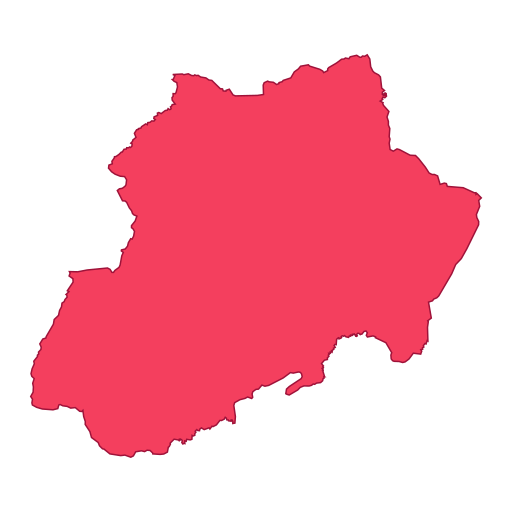 Lampung Utara, Lampung, Indonesia (orthographic projection)
{"feature_id": "22746128B16659764843822", "entity_name": "Lampung Utara", "entity_type": "district", "adm_level": 2, "iso_a3": "IDN", "parent_name": "Indonesia", "parent_adm1": "Lampung", "projection": "orthographic", "projection_center": [104.757, -4.808], "detail": "fine", "context": "isolated", "style": "filled", "palette": "rose", "viewbox_px": 512, "rotation_deg": 0, "n_neighbors": 0, "source": "geoboundaries", "source_scale": "gbopen_adm2", "svg_char_len": 5979}
<svg xmlns="http://www.w3.org/2000/svg" viewBox="0 0 512 512"><path d="M89.9,431.6L91.5,437.5L98.2,442.5L99.5,445.8L102.5,448.8L104.0,449.1L109.9,453.9L120.7,455.6L124.9,455.1L130.8,457.2L133.4,455.9L135.7,451.8L141.5,450.8L144.6,451.6L147.1,450.2L150.1,450.5L152.7,453.0L152.8,453.9L160.1,454.4L163.8,454.0L167.4,452.1L168.3,447.2L169.2,446.6L170.4,444.2L170.1,443.2L174.1,439.2L178.5,440.0L179.2,440.8L180.1,440.1L179.5,439.2L180.1,439.0L181.6,439.7L182.3,440.8L181.8,442.6L182.9,444.0L183.8,443.3L184.9,443.6L184.7,440.9L186.2,441.3L186.7,439.3L190.1,439.9L191.9,439.3L192.1,435.4L193.1,436.0L194.8,435.3L194.8,433.6L195.9,432.2L195.2,431.2L196.8,429.6L197.7,430.5L199.5,430.7L199.8,429.1L201.4,427.9L204.2,429.6L209.1,427.8L209.9,429.0L212.0,426.2L213.0,426.6L216.4,424.9L219.9,420.4L221.5,420.5L224.2,419.2L225.2,417.3L226.4,418.2L226.7,419.8L228.3,420.0L228.5,420.8L231.1,421.2L231.1,420.0L232.1,420.0L232.8,421.3L232.8,423.5L234.9,423.1L235.4,416.6L233.8,405.4L234.7,402.6L239.9,399.7L245.0,398.4L247.6,397.0L251.7,398.5L252.7,397.3L252.1,394.0L252.8,391.7L255.9,389.4L258.5,389.1L261.9,385.1L264.9,386.2L268.7,385.4L283.1,378.0L290.4,372.6L293.3,373.1L298.3,372.0L300.0,372.2L301.4,373.5L302.2,376.5L301.2,378.6L289.3,386.5L286.5,389.1L285.8,393.7L286.9,394.3L289.2,395.0L297.7,390.0L300.2,387.4L303.9,385.9L309.1,386.0L311.6,385.3L313.2,384.0L314.7,384.3L316.5,383.1L320.6,382.6L322.6,380.8L323.2,378.5L324.0,378.2L323.9,377.1L324.6,376.9L323.9,376.5L324.3,375.8L323.0,371.5L323.2,370.5L322.5,370.1L323.1,369.1L322.2,368.3L323.4,367.6L322.8,366.4L323.4,365.9L321.5,363.6L324.4,360.2L327.4,359.5L327.4,357.8L328.9,356.3L328.3,355.1L329.3,354.2L328.8,353.3L330.3,353.3L330.7,352.8L330.3,352.1L331.2,352.0L331.4,351.1L332.1,351.9L332.4,350.3L333.9,349.1L333.5,348.2L335.2,347.4L334.1,345.5L334.8,344.5L336.2,344.7L336.6,339.3L338.4,337.7L339.0,337.9L339.1,338.9L341.0,338.1L341.6,337.5L341.2,336.6L342.2,335.8L343.6,336.2L344.5,335.6L345.9,336.8L348.6,337.4L349.3,336.0L350.6,336.2L350.6,335.1L352.4,335.4L352.9,334.8L352.6,334.3L354.3,334.0L354.5,334.7L355.3,334.8L355.7,336.2L356.6,336.4L357.3,335.8L356.6,334.7L357.5,333.4L358.9,333.3L360.2,334.6L360.7,334.1L361.8,334.2L364.1,331.4L366.0,331.0L367.3,332.8L366.3,335.3L367.4,337.0L373.1,335.9L375.6,336.9L375.4,337.7L385.9,342.7L391.7,352.6L390.9,355.1L391.2,358.9L392.6,360.7L394.1,361.3L399.1,361.5L402.7,362.5L405.1,361.9L409.0,359.0L413.3,353.2L420.7,354.1L421.7,351.2L420.8,349.6L422.6,349.3L422.5,347.7L423.8,347.1L423.4,345.6L425.0,343.5L426.0,344.0L427.2,340.5L427.9,341.0L427.5,327.3L428.3,321.6L427.7,320.8L431.3,318.1L428.5,302.1L432.5,300.8L433.7,299.1L436.8,297.8L438.7,296.0L451.7,273.8L455.7,264.5L461.3,258.6L466.8,248.8L478.6,224.8L478.7,221.5L476.8,217.5L476.4,214.5L479.7,206.3L478.7,200.4L481.3,197.9L477.2,193.7L476.0,194.4L476.0,192.7L474.4,192.8L463.2,187.7L447.3,186.4L446.4,183.6L444.3,183.1L440.1,184.4L437.6,175.9L434.5,174.5L432.1,174.5L429.1,173.0L425.3,167.1L418.6,158.6L415.5,155.5L410.1,155.2L399.5,149.6L397.0,148.9L393.3,151.2L390.1,149.5L389.2,143.2L390.0,139.1L389.2,136.7L389.8,128.5L388.4,125.1L388.4,121.4L387.0,117.0L388.9,111.5L383.5,105.4L382.7,103.5L383.1,102.7L380.2,101.1L382.7,99.5L382.1,98.6L382.8,97.4L384.9,97.7L386.5,96.1L386.3,95.2L382.6,95.7L386.2,94.3L386.2,93.6L385.1,92.9L383.1,94.4L382.3,94.2L382.4,92.1L384.5,90.5L381.7,88.1L380.4,76.9L378.6,74.9L374.4,72.7L372.8,71.1L370.7,66.8L369.8,59.0L367.2,54.8L364.7,56.3L362.5,56.0L361.3,57.2L359.9,57.3L356.7,55.3L350.2,56.8L348.9,58.7L345.4,58.0L344.0,59.0L341.6,59.2L336.4,63.1L328.7,67.6L327.7,68.9L327.7,70.6L323.7,72.6L322.7,71.0L319.8,69.3L309.6,66.1L308.4,64.8L300.6,66.2L298.4,68.9L294.3,71.9L290.8,77.9L283.2,80.4L282.2,81.7L279.0,82.6L278.9,83.6L276.6,84.5L273.4,82.3L269.0,81.8L267.7,81.1L264.2,82.7L263.2,85.1L263.5,94.5L257.5,95.4L235.4,95.9L233.0,94.9L229.3,89.2L226.1,90.3L225.9,91.2L223.2,90.9L222.5,88.9L220.3,88.7L211.8,80.4L208.9,80.0L205.9,77.9L200.6,77.0L198.1,75.3L196.6,75.6L194.7,74.9L193.8,75.7L191.6,75.5L188.3,73.8L183.8,74.7L182.3,74.0L172.8,74.5L174.9,75.5L173.3,79.3L172.3,79.5L174.1,81.3L176.8,82.6L177.5,86.9L176.0,92.7L175.2,93.7L173.1,93.6L173.1,96.4L172.0,97.6L172.2,100.1L175.2,104.1L172.2,104.6L171.5,106.3L170.5,106.8L171.1,108.6L170.6,109.3L169.6,109.6L168.1,108.6L167.3,110.2L165.3,110.5L161.2,113.6L158.8,112.5L157.4,113.1L157.6,115.4L154.1,116.8L153.8,118.6L155.3,119.5L153.9,121.1L151.7,120.9L150.1,122.3L147.8,122.6L147.3,124.7L145.7,123.9L141.5,126.7L141.0,128.0L138.4,128.6L138.4,129.4L136.6,129.8L134.4,133.3L136.0,137.4L132.8,140.0L132.5,141.4L130.8,143.2L132.2,144.0L131.8,146.4L130.4,147.5L129.6,147.0L128.5,147.8L126.7,147.7L126.3,149.0L124.0,149.3L122.3,152.0L121.3,152.1L119.1,154.3L116.0,156.5L114.5,156.7L114.2,158.1L111.9,161.3L112.3,163.8L108.9,165.1L108.5,168.2L111.6,171.8L115.1,174.2L120.2,176.2L124.6,176.6L126.6,179.8L126.0,184.8L125.0,186.3L122.3,188.3L119.4,188.8L117.3,190.5L122.5,200.8L125.1,201.0L126.7,202.4L129.3,207.8L131.6,210.8L132.5,213.5L133.9,214.9L136.9,216.1L135.1,221.1L131.5,225.6L131.5,227.7L132.9,228.7L134.5,231.3L133.6,236.2L132.1,239.1L130.7,238.7L128.4,242.6L127.5,246.2L125.2,249.0L121.5,249.9L121.3,250.9L123.3,252.4L121.8,255.8L120.1,265.1L119.0,267.4L114.9,270.4L113.5,272.4L111.9,272.4L110.1,269.4L107.5,268.0L87.1,270.0L77.7,271.8L69.4,271.6L70.1,273.1L69.1,276.0L72.9,278.7L73.1,282.1L67.3,290.8L68.9,291.7L66.0,294.5L66.8,295.0L67.1,297.2L65.0,299.5L64.2,301.6L62.0,303.1L61.5,306.9L59.6,310.4L58.5,315.4L54.2,319.5L53.4,324.2L46.2,336.6L45.9,338.0L42.8,339.0L39.8,343.9L41.2,347.1L40.9,349.5L38.5,352.1L38.7,354.0L37.4,355.2L37.5,356.5L33.8,361.2L34.3,363.8L32.1,368.8L31.0,373.7L31.8,376.3L34.2,378.6L32.7,383.3L33.4,386.9L33.1,392.2L30.7,396.5L32.5,399.2L31.9,402.9L32.4,405.0L36.6,407.3L42.3,409.0L53.0,409.8L57.8,408.6L58.8,405.0L60.1,404.5L62.8,405.8L67.2,406.4L70.7,408.1L75.3,407.6L79.7,411.3L81.9,411.5L82.9,410.4L83.7,416.6L85.3,421.5L85.2,424.4L89.9,431.6Z" fill="#f43f5e" stroke="#9f1239" stroke-width="1.5"/></svg>